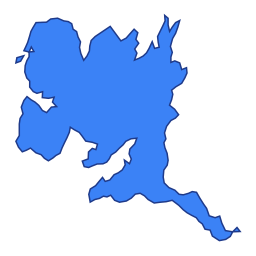 Imbuia, Santa Catarina, Brazil (Natural Earth projection)
{"feature_id": "56859067B70457248873437", "entity_name": "Imbuia", "entity_type": "district", "adm_level": 2, "iso_a3": "BRA", "parent_name": "Brazil", "parent_adm1": "Santa Catarina", "projection": "natural_earth1", "projection_center": [-49.4, -27.515], "detail": "fine", "context": "isolated", "style": "filled", "palette": "blue", "viewbox_px": 256, "rotation_deg": 0, "n_neighbors": 0, "source": "geoboundaries", "source_scale": "gbopen_adm2", "svg_char_len": 2812}
<svg xmlns="http://www.w3.org/2000/svg" viewBox="0 0 256 256"><path d="M232.7,231.8L225.4,230.6L221.8,223.1L219.7,216.1L215.1,217.7L209.2,215.8L206.6,208.4L203.7,204.3L199.9,198.3L196.5,192.3L192.2,191.6L188.6,193.3L183.3,194.8L179.1,194.3L174.9,190.2L168.9,187.6L164.2,182.9L163.2,177.1L163.8,170.1L167.2,165.2L168.1,160.3L167.1,153.3L164.9,147.7L163.9,142.7L165.9,138.9L164.5,132.9L166.6,126.3L170.9,120.5L175.4,118.1L178.6,114.7L174.6,109.2L169.5,105.2L171.6,99.7L172.8,94.3L171.6,90.2L175.8,86.8L181.7,83.3L184.9,77.8L187.0,73.0L186.5,67.7L181.7,69.6L179.7,62.9L174.8,60.9L170.9,62.4L170.9,57.0L172.3,52.4L170.4,46.5L172.6,38.5L175.6,33.3L177.8,27.2L179.7,20.5L175.6,22.6L172.4,26.9L169.6,31.4L168.1,24.9L168.1,18.3L164.7,15.4L165.1,20.9L162.8,25.9L160.0,31.6L157.6,36.5L158.2,42.3L159.2,47.2L154.6,48.4L152.2,41.7L149.1,48.4L146.5,52.9L143.2,56.0L139.0,58.3L134.5,60.1L136.9,53.1L134.7,49.0L138.7,43.2L135.9,39.4L137.8,32.7L134.1,29.2L129.6,34.2L126.2,38.1L120.9,40.9L110.2,26.4L95.2,36.5L91.2,40.5L89.8,46.0L89.4,51.0L87.0,56.0L83.7,60.3L80.8,53.4L79.5,47.4L80.5,41.9L78.0,36.9L76.6,31.6L73.1,29.2L71.7,23.7L68.3,21.6L63.8,20.9L57.6,18.2L50.7,19.0L46.5,22.2L42.8,22.3L36.0,22.6L32.9,27.8L30.9,31.5L29.6,36.2L27.7,42.4L25.8,46.7L23.9,50.7L29.1,52.0L29.1,56.7L26.8,60.8L25.2,65.6L24.8,72.0L26.8,78.0L29.7,81.1L29.7,87.1L33.3,91.6L36.9,93.3L42.6,91.7L42.3,97.6L48.5,98.3L54.1,97.2L52.5,102.1L56.6,106.6L51.4,107.1L46.6,112.6L42.4,110.5L38.8,105.4L35.0,102.1L31.1,99.8L27.0,96.6L23.9,100.5L21.3,107.1L23.0,113.8L20.1,118.4L19.3,123.9L19.3,129.5L19.3,135.6L15.9,141.3L18.5,147.2L22.3,151.8L26.2,150.3L30.5,148.1L35.9,152.8L41.2,154.7L44.4,158.3L48.4,160.8L52.9,158.0L56.0,155.4L60.0,153.3L62.1,147.8L64.5,142.7L66.9,137.9L69.3,132.4L70.3,127.2L74.4,129.8L79.3,132.4L82.2,136.2L85.7,141.1L92.4,142.3L97.5,144.1L95.9,149.6L92.3,148.4L88.5,152.0L88.2,158.9L82.3,161.1L84.2,166.6L88.6,167.5L92.3,165.9L97.1,164.0L103.0,163.8L106.7,162.1L109.2,158.9L111.2,154.9L115.7,152.0L119.3,148.2L123.1,144.8L125.8,141.3L130.9,138.8L136.8,138.2L134.7,144.0L129.9,149.0L129.1,153.9L131.3,159.1L129.5,163.7L124.4,160.1L125.2,164.9L122.3,169.9L118.3,172.8L114.1,174.7L109.8,180.0L105.2,181.4L102.5,177.4L98.7,181.9L95.6,185.7L90.3,189.0L88.8,194.3L90.2,202.1L94.9,199.5L99.5,198.4L103.4,196.2L107.0,196.9L110.7,195.2L114.6,200.3L119.5,202.2L126.4,201.0L131.3,198.1L135.3,194.1L140.2,193.3L144.5,195.8L148.1,199.5L154.2,203.0L160.4,202.2L166.1,201.7L172.2,200.3L178.8,205.3L183.3,209.8L187.0,212.7L191.6,215.3L196.3,217.7L198.9,221.3L202.3,223.9L205.0,229.2L210.1,230.1L212.4,236.1L219.4,240.6L225.7,239.4L230.3,236.4L232.7,231.8ZM29.1,52.0L31.3,47.0L33.9,51.5L29.1,52.0ZM20.6,61.2L23.8,55.7L16.9,57.7L15.9,62.9L20.6,61.2ZM240.1,231.5L237.0,227.5L232.7,231.8L240.1,231.5Z" fill="#3b82f6" stroke="#1e3a8a" stroke-width="1.5"/></svg>